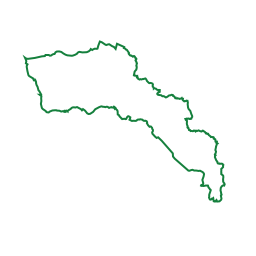 Baru, Hunedoara, Romania (Natural Earth projection), rotated 75°
{"feature_id": "2599482B142327649383", "entity_name": "Baru", "entity_type": "district", "adm_level": 2, "iso_a3": "ROU", "parent_name": "Romania", "parent_adm1": "Hunedoara", "projection": "natural_earth1", "projection_center": [23.221, 45.477], "detail": "fine", "context": "isolated", "style": "outline", "palette": "green", "viewbox_px": 256, "rotation_deg": 75, "n_neighbors": 0, "source": "geoboundaries", "source_scale": "gbopen_adm2", "svg_char_len": 5685}
<svg xmlns="http://www.w3.org/2000/svg" viewBox="0 0 256 256"><g transform="rotate(75 128 128)"><path d="M184.8,80.7L185.2,79.7L185.0,77.7L185.1,76.5L186.2,75.1L186.4,74.4L186.8,73.0L187.8,70.8L187.9,69.5L189.9,67.3L191.5,66.5L192.3,66.5L194.5,67.6L197.4,69.6L200.9,69.6L202.0,70.3L202.1,72.0L202.6,72.4L202.9,72.1L203.0,71.5L203.6,69.9L203.7,67.7L204.3,65.7L206.3,65.6L207.6,64.9L208.4,64.8L209.0,64.2L209.5,64.2L210.3,64.7L213.1,66.6L214.0,67.0L215.2,67.2L216.0,67.7L217.5,67.6L218.3,67.3L218.6,66.7L218.6,66.3L217.9,65.2L217.9,64.8L218.2,64.6L217.8,63.8L218.0,63.8L218.7,64.7L219.5,64.1L220.5,63.7L220.9,64.1L221.2,63.9L221.5,63.2L221.6,62.3L221.2,62.2L220.5,61.2L220.9,61.1L221.8,61.5L221.9,61.0L222.1,60.9L222.2,60.6L222.5,58.6L221.4,56.6L220.4,56.0L217.4,55.8L217.1,55.7L216.9,55.1L216.4,54.8L215.3,55.0L214.4,54.8L212.3,54.8L209.9,53.9L208.7,52.7L208.3,51.9L208.2,51.3L208.0,50.8L208.5,50.0L207.4,49.2L206.3,49.3L205.4,49.8L203.8,49.9L202.9,49.5L202.2,49.5L200.4,48.7L198.9,48.4L198.1,48.7L197.5,49.3L196.5,49.9L195.7,49.4L194.8,49.4L192.8,48.7L191.8,48.6L190.4,46.3L188.9,45.9L188.4,45.5L187.9,45.9L187.1,46.0L186.5,47.3L186.4,48.6L185.8,49.1L185.8,49.9L185.5,50.3L184.6,50.6L183.7,50.4L182.2,51.1L178.6,51.6L177.6,51.2L177.0,50.4L176.8,50.5L176.5,51.0L176.1,51.0L174.9,49.8L173.6,49.1L171.9,49.3L169.1,47.9L168.5,47.7L168.1,47.3L166.2,46.2L166.1,45.5L165.7,45.7L165.2,46.4L164.1,45.7L164.0,45.9L164.3,46.5L163.8,47.0L161.6,46.6L161.2,46.9L161.0,47.5L160.4,48.0L159.7,47.6L159.0,47.8L158.3,49.5L158.2,50.3L157.4,50.5L155.7,51.8L154.3,52.1L154.1,52.5L154.2,53.0L153.4,53.5L153.6,53.8L153.5,54.1L151.8,54.7L149.9,56.4L149.9,56.8L150.3,57.4L150.4,58.0L149.6,59.3L148.6,60.4L148.8,62.3L148.2,62.9L148.8,63.7L148.1,64.1L147.5,64.9L147.9,65.8L147.8,66.4L147.3,67.2L147.2,68.3L146.9,68.5L146.1,68.6L145.7,69.6L143.6,69.6L143.3,69.8L143.2,70.3L142.7,70.4L141.7,69.9L140.7,70.1L139.2,70.1L136.4,69.2L135.1,70.1L134.1,70.2L134.2,69.5L134.1,68.6L134.6,68.0L134.5,67.1L134.6,66.8L135.2,66.3L135.5,64.9L135.3,64.3L134.6,64.1L133.9,63.1L133.5,63.0L132.7,62.9L131.3,63.2L127.6,63.4L125.4,64.5L123.8,64.7L120.4,64.2L119.0,63.6L117.1,63.5L116.9,64.2L116.7,64.5L116.9,64.8L117.0,65.3L116.7,66.0L116.9,66.5L116.7,66.9L116.3,67.0L115.7,67.6L115.0,67.9L114.2,67.5L114.2,67.9L113.0,68.2L113.4,68.8L113.2,69.1L113.3,70.5L112.6,71.4L112.4,72.4L112.0,72.6L112.0,73.8L111.4,74.2L111.1,74.2L111.2,74.7L109.3,75.3L109.0,75.6L108.8,76.1L108.4,76.3L107.7,76.2L107.2,77.3L107.4,78.7L107.3,79.0L107.2,80.0L108.0,81.8L108.3,83.5L106.5,85.2L106.3,86.4L106.1,86.7L105.0,87.4L104.0,89.8L103.5,90.6L103.0,90.9L102.3,90.8L101.6,89.6L101.3,88.0L99.5,87.5L99.2,88.4L99.4,89.1L99.1,89.2L98.3,90.3L97.2,90.9L96.7,91.9L96.1,92.6L96.3,92.9L95.7,92.8L95.2,92.9L94.5,93.4L93.6,93.3L92.7,92.7L91.5,92.8L90.7,93.8L90.2,94.9L90.2,95.8L89.8,96.2L87.5,97.5L85.8,97.8L84.7,98.3L84.6,99.5L84.8,100.2L84.5,100.8L84.6,102.4L84.0,103.5L84.2,104.3L83.1,105.5L81.3,105.6L81.7,106.1L81.6,106.3L81.0,106.3L80.0,105.8L79.9,106.4L79.2,107.4L79.1,108.2L78.9,108.5L78.6,108.7L76.2,107.4L75.7,107.3L74.9,106.6L73.8,104.9L72.1,104.0L70.8,103.7L70.1,103.9L69.6,103.5L68.5,103.1L67.8,102.6L67.3,102.7L67.1,102.9L66.2,102.8L65.0,103.2L64.8,103.0L64.5,103.1L63.5,102.0L63.2,102.1L63.5,102.5L63.2,102.6L61.0,102.9L60.2,103.3L60.0,103.9L60.4,104.8L59.1,105.8L59.1,106.2L58.7,106.4L58.3,107.3L56.4,108.1L55.8,107.6L52.2,108.9L51.7,109.7L50.8,110.0L49.7,111.3L48.8,110.7L43.8,116.8L48.4,119.5L46.1,120.6L44.8,122.2L42.3,124.4L42.1,125.3L42.2,127.6L41.4,128.5L38.4,131.1L37.2,132.8L40.8,135.4L43.4,136.9L43.5,137.5L42.8,139.5L43.0,141.2L43.4,142.4L42.1,143.5L43.0,144.4L43.8,146.1L44.1,148.2L43.2,152.4L41.9,155.2L41.9,155.8L42.2,157.0L43.1,158.2L43.6,160.3L43.8,162.7L43.6,163.8L42.1,167.8L41.0,169.4L39.2,171.2L37.3,172.7L36.2,174.7L35.7,177.0L36.1,178.4L37.5,179.8L37.3,181.0L37.6,182.3L38.1,183.6L37.9,184.8L37.0,185.6L36.1,188.8L37.0,189.7L36.5,192.7L36.2,199.9L35.3,206.9L34.4,208.6L33.5,209.3L35.4,209.0L37.1,208.9L39.1,209.9L40.5,208.6L41.6,209.6L42.6,210.0L46.9,210.4L51.0,210.5L51.7,210.3L52.4,209.9L55.9,206.5L56.6,206.8L57.7,206.5L57.9,205.6L57.6,205.2L57.9,205.1L59.9,204.9L60.7,205.2L62.8,205.2L64.8,204.7L68.4,204.7L69.6,204.1L73.3,203.2L73.5,203.2L73.6,203.5L73.2,204.6L74.4,203.7L75.2,203.5L76.5,204.1L79.5,204.7L82.2,205.9L86.3,206.0L87.5,205.5L90.3,203.1L91.6,202.6L92.4,200.9L92.4,200.4L91.9,199.5L91.5,196.5L92.0,193.8L92.4,192.5L92.6,192.4L92.9,191.8L93.6,189.7L94.8,188.3L94.9,186.6L95.1,186.2L95.9,185.4L96.1,184.7L95.2,185.0L94.9,184.9L94.9,184.6L95.4,183.7L95.3,182.9L96.4,182.0L95.8,181.8L95.0,179.5L94.9,178.7L94.1,177.4L93.8,176.4L94.0,174.9L94.6,173.6L94.6,171.8L97.7,168.5L99.0,167.9L98.1,166.6L100.1,165.0L103.3,163.6L104.3,162.4L104.5,160.9L103.4,157.5L101.4,154.8L100.4,150.5L100.2,148.6L100.3,147.8L101.0,146.8L101.3,145.7L102.0,144.5L101.9,143.3L102.3,142.2L103.7,141.1L103.5,139.9L103.8,138.8L103.6,138.6L104.2,137.7L104.5,136.9L104.1,136.5L105.5,136.0L104.6,135.4L105.8,134.7L106.7,134.7L108.1,133.8L109.1,133.7L112.3,134.4L113.4,133.3L113.7,133.2L114.3,133.3L114.8,133.1L116.2,132.2L117.1,131.9L117.8,131.4L117.7,131.1L117.9,130.9L118.2,128.9L118.8,128.1L118.8,127.4L117.5,126.3L117.1,125.7L116.7,125.0L116.8,124.4L118.3,123.0L119.3,123.5L120.4,124.4L122.2,122.4L122.4,120.9L123.1,118.9L123.1,117.9L122.6,117.1L122.4,116.1L122.8,114.9L122.7,114.0L123.7,111.9L124.5,111.5L125.3,110.6L125.4,109.5L126.2,108.3L127.3,108.0L127.9,108.2L128.2,108.5L130.5,107.9L132.4,106.9L132.3,106.0L132.5,105.5L134.1,104.7L135.2,104.8L136.4,104.4L137.5,104.8L138.4,105.8L139.8,105.9L143.3,104.1L145.0,102.9L144.8,101.3L149.1,98.7L164.1,91.3L167.2,91.9L169.7,90.8L184.8,80.7Z" fill="none" stroke="#15803d" stroke-width="2"/></g></svg>